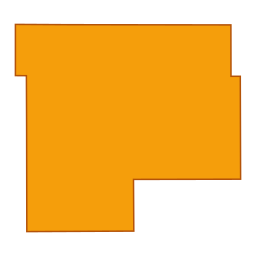 the district of Grundy, Iowa, United States of America
{"feature_id": "52423323B59450534415384", "entity_name": "Grundy", "entity_type": "district", "adm_level": 2, "iso_a3": "USA", "parent_name": "United States of America", "parent_adm1": "Iowa", "projection": "equal_earth", "projection_center": [-92.822, 42.383], "detail": "fine", "context": "isolated", "style": "filled", "palette": "amber", "viewbox_px": 256, "rotation_deg": 0, "n_neighbors": 0, "source": "geoboundaries", "source_scale": "gbopen_adm2", "svg_char_len": 274}
<svg xmlns="http://www.w3.org/2000/svg" viewBox="0 0 256 256"><path d="M26.8,231.6L133.8,231.1L133.5,179.4L240.6,179.2L240.3,76.3L231.0,76.3L230.9,24.9L69.7,24.7L15.4,24.4L15.4,75.6L26.4,75.7L26.6,127.7L26.8,231.6Z" fill="#f59e0b" stroke="#b45309" stroke-width="1.5"/></svg>